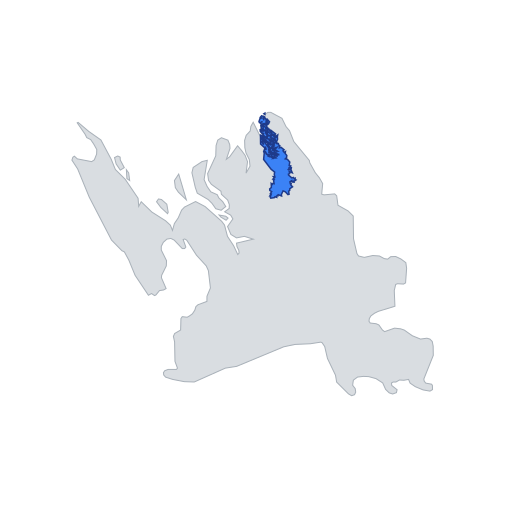 Khulna, Khulna, Bangladesh (highlighted), rotated 159°
{"feature_id": "16705992B21968895988188", "entity_name": "Khulna", "entity_type": "district", "adm_level": 2, "iso_a3": "BGD", "parent_name": "Bangladesh", "parent_adm1": "Khulna", "projection": "mercator", "projection_center": [89.444, 22.353], "detail": "fine", "context": "in_parent", "style": "filled", "palette": "blue", "viewbox_px": 512, "rotation_deg": 159, "n_neighbors": 0, "source": "geoboundaries", "source_scale": "gbopen_adm2", "svg_char_len": 9813}
<svg xmlns="http://www.w3.org/2000/svg" viewBox="0 0 512 512"><g transform="rotate(159 256 256)"><path d="M179.8,361.0L179.7,349.3L172.0,326.2L172.4,323.7L170.8,312.5L168.8,306.3L167.8,299.7L172.5,290.2L170.6,288.7L160.3,285.8L159.1,283.3L161.3,274.0L153.9,265.1L150.9,258.5L158.8,237.1L160.9,222.2L160.3,219.3L155.4,215.9L146.8,214.6L140.8,211.8L137.2,207.6L134.2,205.9L130.5,207.1L125.8,205.5L121.8,201.3L118.5,196.1L119.8,190.5L126.0,177.3L128.3,176.9L133.8,179.4L135.8,179.4L139.3,174.2L144.3,159.3L161.7,160.5L165.9,160.1L170.2,158.9L172.6,157.0L173.9,154.6L173.4,152.5L168.1,149.7L166.0,147.6L164.5,141.6L163.0,139.3L152.5,139.0L147.1,136.2L144.1,133.7L138.7,125.6L132.2,119.5L125.9,118.0L123.4,116.1L122.1,113.0L122.9,108.4L126.1,99.7L143.4,81.0L143.8,78.9L143.1,76.5L138.0,73.4L137.7,71.9L139.1,68.0L142.0,67.5L148.0,71.1L154.1,76.9L157.7,82.1L157.8,86.1L162.5,87.0L166.5,88.8L170.6,88.2L173.2,89.2L175.0,88.9L175.7,86.5L172.2,80.6L173.9,78.1L177.9,78.2L180.7,80.5L182.8,85.0L183.2,92.1L187.9,98.5L194.0,103.0L198.8,105.1L204.6,106.6L209.6,105.2L212.1,100.7L210.9,96.7L211.7,93.2L213.7,91.2L216.8,91.3L219.1,94.2L225.9,109.4L224.5,116.2L226.0,134.7L224.3,146.9L225.4,151.5L226.5,152.4L236.7,154.6L251.4,159.5L262.7,161.3L313.6,159.9L324.8,162.3L358.8,160.5L368.0,164.4L378.1,170.7L383.8,175.3L384.8,178.0L384.2,180.3L382.3,181.6L378.8,181.6L370.8,178.6L369.5,179.5L369.4,186.7L362.8,204.9L361.9,210.6L359.7,212.8L352.9,213.9L348.5,224.5L346.6,225.8L342.2,223.5L339.5,223.9L336.1,224.8L332.6,227.3L330.2,230.3L327.6,231.3L318.1,231.2L316.2,236.0L310.0,242.5L305.7,259.4L306.0,264.6L311.3,278.1L315.0,295.6L316.4,297.4L318.1,297.5L318.3,289.5L320.0,288.5L322.2,289.4L326.7,300.2L329.2,302.9L333.1,303.7L337.6,302.0L341.0,298.9L342.3,295.5L341.2,283.7L343.3,278.9L351.0,271.8L352.1,269.6L351.6,257.8L354.5,257.4L358.5,258.3L363.4,255.5L364.9,255.4L367.0,258.4L370.5,257.9L375.8,281.3L376.2,297.8L377.4,307.0L379.3,309.0L385.2,322.7L390.6,370.8L391.3,401.2L393.5,411.5L391.6,413.8L389.8,414.3L388.0,410.7L375.6,403.0L372.5,403.7L368.3,408.2L366.5,412.4L367.3,418.2L368.6,423.9L371.6,427.2L371.9,430.8L375.2,444.4L374.2,444.5L367.4,432.1L359.2,419.9L356.5,398.1L356.3,387.2L350.6,374.5L345.4,352.2L347.7,344.4L343.7,347.8L337.5,334.4L327.8,321.3L324.9,315.5L324.8,309.8L320.6,315.5L314.9,319.5L309.0,325.5L305.2,327.3L292.9,328.5L285.8,320.4L275.6,300.7L274.3,296.2L275.6,284.6L273.2,273.6L272.5,263.9L270.7,264.8L270.0,267.5L270.4,271.5L269.6,275.0L252.5,272.7L259.8,278.5L267.7,279.9L271.7,285.1L272.0,293.7L264.3,298.9L265.0,303.2L269.4,308.5L264.0,310.0L262.5,313.5L262.4,318.4L266.2,326.0L265.5,329.0L272.0,338.9L273.2,343.6L271.6,350.3L257.7,363.9L253.7,373.4L250.2,377.9L245.9,378.8L240.7,374.2L240.6,369.5L241.7,365.8L249.0,356.9L245.0,358.1L233.7,365.5L231.6,359.5L230.1,353.9L230.1,347.1L235.6,336.9L229.4,342.0L227.7,348.3L228.4,355.8L227.6,361.1L225.2,368.0L221.9,372.2L216.6,374.8L214.3,378.9L210.7,381.9L209.4,368.0L205.6,349.2L204.8,353.2L206.8,364.9L206.6,372.5L203.7,378.5L197.9,384.9L193.4,385.8L190.7,384.8L182.4,375.2L181.6,366.0L179.8,361.0ZM282.9,361.2L272.5,363.5L267.2,362.8L277.1,345.9L276.7,338.3L275.2,332.1L270.2,327.1L269.9,323.6L267.6,318.7L266.5,313.0L272.1,311.2L276.6,314.5L278.2,320.9L280.4,325.8L288.3,335.7L288.1,341.8L286.0,356.7L282.9,361.2ZM305.1,355.7L298.8,360.2L300.9,333.4L305.6,343.4L306.8,348.7L305.1,355.7ZM329.4,342.3L326.6,344.2L324.0,342.6L320.7,336.3L322.3,328.3L323.4,327.2L327.4,335.3L329.4,342.3ZM352.8,398.6L349.2,398.9L347.4,397.0L348.3,394.3L347.3,385.7L351.9,384.8L353.6,392.1L352.8,398.6ZM348.8,374.5L346.1,383.0L345.1,379.2L346.9,371.7L348.8,374.5ZM274.8,304.8L275.8,307.5L270.0,304.0L268.5,301.4L271.1,300.1L274.8,304.8Z" fill="#d9dde1" stroke="#a8b0b8" stroke-width="1"/><path d="M221.5,304.7L217.9,303.9L217.1,304.5L215.7,303.4L215.6,304.4L214.3,304.9L214.0,304.3L213.2,305.2L210.6,302.9L210.3,304.3L207.4,307.1L205.6,305.4L204.2,301.9L203.0,301.8L202.3,304.8L201.0,305.2L200.4,306.7L197.1,307.5L198.0,309.8L197.3,310.9L198.1,311.2L197.8,313.1L196.0,313.5L196.4,312.9L194.4,312.5L195.2,311.9L194.0,311.3L193.8,312.1L191.5,312.7L192.1,313.3L191.6,314.6L192.6,314.5L192.9,315.9L194.6,316.1L196.6,319.9L196.4,320.8L195.0,320.9L194.7,322.9L192.3,320.7L192.4,323.8L194.8,325.2L193.2,326.2L194.1,326.8L192.5,326.2L192.2,324.5L191.3,325.8L192.3,326.8L191.3,327.6L192.6,328.6L190.8,331.6L192.0,335.0L193.8,336.2L192.2,336.9L191.2,338.8L192.0,341.2L191.1,342.9L192.5,342.6L193.1,344.5L191.7,345.1L193.6,348.4L195.5,348.6L194.2,350.5L195.3,352.0L194.8,353.0L196.4,354.0L196.6,353.0L196.7,354.2L196.1,354.7L196.9,355.4L197.1,357.1L196.5,358.4L197.8,358.2L197.7,359.3L199.3,360.5L199.6,359.2L200.9,358.6L199.2,358.1L199.7,356.8L198.9,356.7L199.6,355.3L198.1,355.3L198.0,355.1L198.3,354.7L199.7,355.3L198.9,356.5L199.8,356.8L199.4,358.1L201.0,358.3L201.0,357.2L201.6,356.6L202.4,356.3L201.5,355.1L201.3,354.4L199.9,354.2L198.6,353.1L200.0,354.1L200.8,353.5L200.2,352.8L200.8,352.3L200.5,352.5L200.3,352.4L200.0,351.4L200.4,352.4L200.8,352.2L201.2,352.8L201.4,352.5L201.8,352.4L201.2,351.4L201.4,350.3L200.3,350.1L199.8,349.6L199.3,350.4L198.8,349.7L198.5,349.8L198.3,349.6L197.7,350.0L197.4,350.0L198.2,349.5L198.9,349.6L199.3,350.3L199.7,349.5L201.5,350.3L202.2,349.3L201.0,349.5L200.3,349.2L200.2,349.1L200.1,348.2L201.0,349.4L202.2,348.8L199.6,347.9L198.4,346.2L199.4,346.6L199.7,347.8L201.8,348.2L201.0,347.3L201.6,346.3L200.4,345.5L200.6,344.6L199.8,344.6L199.6,344.4L199.6,343.0L198.4,342.9L198.6,341.6L198.5,342.8L199.7,342.9L199.7,344.4L200.7,344.4L200.6,345.4L201.9,346.1L202.1,345.6L201.8,344.9L202.0,344.4L201.1,343.4L200.6,341.6L200.4,341.6L199.9,341.3L200.7,341.6L202.0,344.1L202.9,342.1L202.1,340.4L203.5,340.8L202.6,343.9L205.0,347.3L205.4,346.6L204.4,345.8L204.0,345.1L204.1,344.9L204.4,344.8L205.8,345.1L205.7,343.9L205.9,343.1L205.1,343.2L204.7,343.0L204.7,342.7L205.2,342.3L204.6,342.1L204.5,341.2L205.1,341.0L204.4,340.8L205.3,340.9L204.5,341.2L205.3,342.3L204.8,342.9L206.0,343.0L205.8,345.0L206.4,344.8L205.6,345.3L204.3,344.9L204.2,345.4L205.6,346.5L205.2,347.7L206.2,349.8L206.4,348.4L205.7,347.7L205.8,347.4L206.1,347.2L206.7,347.8L207.6,347.5L206.7,347.9L205.8,347.5L206.4,348.3L206.4,349.3L205.2,352.0L207.6,360.4L209.2,360.6L209.5,359.7L209.0,359.2L208.8,358.8L208.9,357.2L209.6,359.8L209.3,360.8L208.2,360.8L208.7,362.9L207.2,365.9L208.5,367.3L211.6,358.9L209.1,353.9L208.4,354.3L208.1,354.2L208.2,353.6L208.6,353.4L208.2,352.7L208.7,351.4L208.7,353.5L208.3,354.3L211.0,351.2L210.8,350.7L210.1,350.5L209.8,350.0L209.6,348.1L209.7,347.5L208.8,346.7L208.2,345.7L207.6,346.0L207.3,345.8L207.3,345.5L207.5,345.2L208.7,344.9L206.8,343.0L208.7,344.7L208.7,345.1L207.3,345.6L208.3,345.6L209.8,347.4L210.0,350.1L210.9,350.6L211.3,351.5L211.5,349.0L214.3,343.4L210.8,331.5L208.5,327.7L209.7,325.6L210.0,323.2L211.3,323.8L210.8,322.4L212.7,321.7L211.7,320.7L212.5,320.3L213.2,317.0L214.4,317.7L215.2,317.0L215.8,318.2L217.1,314.5L219.2,313.7L219.6,312.2L218.3,310.5L220.2,309.1L219.8,308.7L221.0,307.6L220.1,307.7L221.6,305.9L221.5,304.7ZM199.8,375.2L197.6,379.5L198.3,382.7L199.4,382.1L199.8,380.5L200.0,380.3L200.3,379.9L199.4,382.2L198.3,382.9L200.5,384.9L202.2,384.0L201.0,382.7L202.9,383.0L205.0,380.5L205.0,379.3L204.4,378.7L202.8,379.3L201.6,378.8L202.8,379.3L204.4,378.6L203.6,376.8L202.0,376.9L201.0,376.8L200.7,376.6L200.1,376.0L200.1,375.7L200.5,375.4L200.4,375.1L199.8,375.2ZM196.7,359.0L196.2,358.4L196.7,355.7L196.1,355.1L194.0,357.3L193.4,359.4L195.8,360.0L197.3,362.8L197.3,363.3L196.6,363.5L194.9,362.3L194.0,363.0L197.5,368.8L197.2,364.9L199.7,361.2L197.6,359.7L197.6,358.5L196.7,359.0ZM206.7,369.0L204.9,364.0L203.9,363.7L203.2,362.9L202.5,364.2L202.9,367.6L201.9,368.9L204.3,370.9L203.8,372.8L206.9,372.4L207.1,371.5L206.6,371.6L205.2,371.2L204.7,370.7L205.0,370.3L204.2,370.3L204.0,370.2L204.5,369.2L204.0,370.2L205.0,370.3L205.2,371.0L205.5,369.7L205.2,371.1L207.1,371.2L207.0,369.4L205.0,367.8L204.5,367.2L206.7,369.0ZM203.2,356.7L201.7,356.7L201.1,358.8L199.6,359.5L200.1,361.5L199.3,362.7L200.1,363.3L200.8,363.4L201.2,363.7L202.3,365.1L202.3,363.5L203.5,362.1L202.9,361.4L202.8,360.9L201.7,360.5L201.4,359.8L201.4,359.6L202.1,359.3L202.1,358.7L202.4,358.0L201.8,360.4L202.9,360.9L203.6,362.1L205.7,361.2L203.2,356.7ZM202.3,365.3L199.2,362.9L197.9,364.9L198.4,369.6L199.8,371.9L200.0,371.2L200.5,370.8L199.2,370.2L199.0,369.8L199.4,369.2L200.8,368.8L199.7,367.0L199.7,366.6L200.6,368.1L201.5,367.4L201.2,366.8L201.8,365.9L201.1,365.9L201.7,365.7L201.9,366.0L201.3,366.7L201.6,367.3L201.3,367.7L202.6,367.7L202.3,365.3ZM201.6,367.9L200.7,368.2L200.9,368.9L200.8,369.3L199.1,370.0L200.5,370.5L200.6,370.9L200.0,371.3L201.1,371.4L201.2,371.7L200.8,372.4L201.8,373.8L203.7,375.0L203.7,375.3L203.4,375.5L201.9,375.8L202.0,376.6L204.0,376.5L204.7,376.1L204.9,373.2L203.4,372.9L204.0,371.2L202.5,370.4L201.6,367.9ZM204.9,356.5L204.1,351.1L201.3,352.8L200.3,352.8L201.0,353.4L200.3,354.0L201.4,354.2L204.3,357.4L204.4,357.1L204.1,357.0L203.4,356.3L203.1,356.0L203.2,355.7L202.7,355.2L202.8,354.9L204.2,357.0L204.9,356.5ZM204.1,350.8L205.3,349.4L202.0,344.6L202.2,345.9L201.2,347.4L202.7,349.0L201.5,351.6L204.1,350.8ZM200.8,372.5L201.1,371.5L200.0,372.0L199.5,372.0L199.6,374.8L199.8,375.1L200.3,375.0L200.5,375.1L200.8,376.6L202.0,376.8L201.7,376.2L201.8,375.8L203.6,375.1L201.8,374.0L200.8,372.5ZM196.8,380.5L196.9,378.7L198.5,374.5L195.3,376.4L196.8,380.5ZM205.0,363.8L207.3,362.0L207.4,361.8L206.0,361.1L203.3,362.8L205.0,363.8ZM195.1,360.1L193.3,359.7L192.4,361.2L194.6,360.6L195.1,362.0L197.2,363.2L195.1,360.1ZM207.0,361.0L206.3,358.6L204.9,357.9L205.8,360.8L207.0,361.0ZM206.4,365.0L207.6,363.1L207.5,361.8L207.2,362.4L205.3,363.7L206.4,365.0ZM196.5,386.2L197.6,386.0L196.9,385.1L196.5,386.2ZM196.0,375.9L197.0,375.4L198.1,374.5L196.7,375.0L196.0,375.9Z" fill="#3b82f6" stroke="#1e3a8a" stroke-width="1.5"/></g></svg>